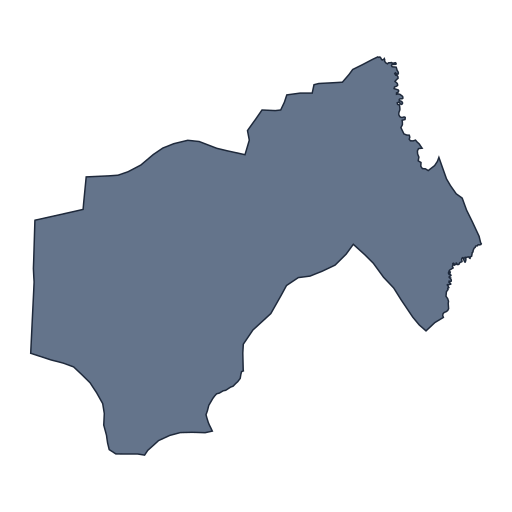 the district of Puncak, Papua, Indonesia, rotated 90°
{"feature_id": "22746128B1222572676249", "entity_name": "Puncak", "entity_type": "district", "adm_level": 2, "iso_a3": "IDN", "parent_name": "Indonesia", "parent_adm1": "Papua", "projection": "albers", "projection_center": [137.288, -3.568], "detail": "fine", "context": "isolated", "style": "filled", "palette": "slate", "viewbox_px": 512, "rotation_deg": 90, "n_neighbors": 0, "source": "geoboundaries", "source_scale": "gbopen_adm2", "svg_char_len": 5056}
<svg xmlns="http://www.w3.org/2000/svg" viewBox="0 0 512 512"><g transform="rotate(90 256 256)"><path d="M171.3,383.1L171.8,384.1L175.2,394.0L175.9,403.7L175.9,404.0L176.9,425.8L203.5,428.4L209.4,428.9L211.6,438.5L220.2,477.0L220.8,477.1L260.2,478.3L268.5,478.6L276.9,478.2L282.0,477.9L290.9,478.3L321.8,479.8L353.3,481.3L359.8,461.4L360.3,459.6L361.7,454.0L363.1,448.8L366.9,438.4L374.6,430.2L382.8,421.9L387.6,418.8L392.7,415.4L403.6,409.3L413.5,407.7L424.1,408.2L424.9,408.3L435.3,405.5L438.3,405.1L443.0,404.4L449.6,402.8L453.9,396.2L454.0,388.5L454.0,374.3L455.1,367.4L450.4,364.3L447.0,360.5L443.4,356.5L441.5,354.4L440.6,353.5L435.4,342.2L433.8,336.2L432.6,331.8L432.5,328.5L432.4,323.8L432.3,320.2L432.4,315.9L432.7,306.9L431.1,299.7L428.5,300.9L424.9,302.7L422.5,303.7L418.0,305.1L414.7,306.0L410.8,304.6L405.3,303.2L401.4,300.9L398.6,299.3L395.9,297.3L393.8,295.4L393.1,292.7L390.8,288.8L390.3,286.3L387.1,281.4L386.2,278.9L383.5,276.3L381.7,274.3L378.4,271.8L374.2,271.1L371.6,270.4L370.9,268.6L369.8,268.8L353.0,269.2L344.2,268.7L331.2,259.9L330.1,259.2L313.6,241.2L295.6,231.0L285.5,225.5L277.6,213.7L276.1,202.0L273.2,194.8L271.4,190.2L265.1,176.9L254.2,165.9L244.3,158.7L254.9,147.0L263.2,138.7L275.4,129.8L277.2,128.5L288.0,118.3L300.1,110.7L304.7,107.6L317.2,99.2L324.9,92.8L330.9,86.0L322.6,77.2L317.4,68.6L315.6,69.3L313.8,69.0L312.7,68.1L312.2,67.2L311.6,65.7L310.5,64.3L308.7,63.4L307.3,63.5L303.2,63.8L301.7,63.5L300.9,63.6L299.7,64.0L298.7,64.3L297.4,65.2L296.3,66.0L294.9,65.9L294.1,65.8L291.7,65.6L290.8,64.9L290.0,64.3L289.6,64.0L289.1,64.0L288.7,64.3L288.2,64.2L287.8,63.9L287.7,63.2L287.4,63.1L287.0,63.5L286.1,63.9L285.3,64.6L284.8,64.7L284.5,64.2L284.8,63.3L284.6,62.8L284.4,62.2L284.2,61.3L283.8,61.3L283.3,61.8L282.8,62.4L282.4,63.0L281.7,63.0L281.1,62.8L281.6,61.9L281.2,60.8L280.9,60.7L279.8,60.8L279.3,61.0L278.7,61.5L277.9,61.4L277.9,62.3L277.6,62.7L277.0,62.9L276.1,62.2L276.0,61.5L275.2,61.0L274.2,62.1L274.3,63.0L273.0,63.6L272.2,63.3L272.7,62.6L272.8,61.9L272.0,61.7L271.8,62.1L271.5,62.8L270.7,62.8L269.9,62.1L269.1,60.7L268.7,60.3L268.2,59.1L267.9,58.9L266.5,59.6L266.0,59.5L264.9,59.1L263.6,59.2L263.2,58.7L263.3,58.3L263.7,57.9L264.7,58.3L265.2,57.8L265.1,57.5L264.3,56.2L263.9,55.9L263.2,55.9L263.1,55.5L263.5,55.2L264.5,54.9L264.6,54.2L264.5,53.6L264.1,52.9L262.9,52.4L262.5,52.0L262.0,50.8L261.7,50.1L261.3,49.9L259.6,50.4L259.0,50.3L258.1,49.9L257.6,49.3L257.6,49.0L258.1,48.7L259.6,48.3L261.3,47.6L262.1,47.1L262.1,46.8L261.7,46.6L260.3,46.2L259.1,46.1L258.5,46.3L258.1,47.0L257.7,47.2L257.4,47.1L257.3,46.6L257.5,45.6L257.1,44.7L256.9,43.7L256.9,43.2L258.0,42.6L258.4,42.0L258.1,41.8L257.6,41.9L256.8,41.7L256.4,40.6L255.9,40.2L255.5,40.3L254.6,40.2L254.0,39.9L252.8,39.9L251.9,39.0L250.6,38.9L249.1,38.3L248.1,37.8L247.4,36.8L246.2,36.4L245.9,35.7L245.8,34.5L245.0,34.2L244.7,33.4L244.9,32.5L244.5,31.1L243.7,30.7L243.0,31.2L242.6,31.4L236.3,32.9L221.5,39.8L210.2,45.4L205.0,47.3L198.1,49.8L193.8,55.8L185.7,61.5L178.9,65.5L166.5,69.9L157.4,73.1L161.4,74.6L165.2,77.1L165.7,77.5L170.6,83.8L168.8,86.6L168.6,89.6L166.3,91.2L162.5,91.0L160.8,93.8L157.1,93.1L154.0,94.4L150.9,94.6L148.6,93.5L148.2,89.9L145.6,91.7L144.0,92.7L141.9,95.0L140.1,96.5L140.9,98.9L140.8,101.6L139.2,102.8L137.2,102.2L135.2,102.7L135.1,104.5L135.1,105.1L133.9,108.1L130.3,109.8L127.6,111.1L126.1,110.3L124.7,109.6L122.5,109.6L120.3,109.9L119.5,107.0L118.7,106.9L118.3,106.8L117.4,106.8L117.0,107.5L117.0,108.3L117.4,109.3L117.4,111.0L116.6,112.2L116.5,112.3L114.7,113.2L113.0,113.2L111.6,112.8L110.4,112.3L109.3,112.1L107.8,112.2L105.7,112.4L104.8,112.9L104.7,113.6L104.4,114.4L102.8,114.8L102.2,113.6L102.6,112.5L104.0,111.6L104.4,110.6L103.9,109.7L103.0,109.4L101.8,110.1L101.7,110.1L101.0,111.3L100.9,112.2L100.8,112.7L99.5,112.8L98.9,112.1L98.8,111.1L98.7,109.7L98.2,109.1L96.9,109.2L96.2,109.6L95.2,110.9L94.4,112.0L93.9,113.8L94.3,115.5L92.9,115.5L92.3,114.1L91.8,113.6L90.9,113.3L90.0,113.7L89.6,114.8L89.1,116.3L88.6,117.9L87.0,117.5L86.4,115.9L85.7,114.7L85.1,114.3L83.5,114.7L82.6,115.6L81.5,117.0L80.8,116.6L79.4,115.2L78.2,113.9L77.5,114.0L76.6,114.1L75.8,114.7L75.5,115.0L75.1,116.4L73.4,117.3L72.8,116.5L74.0,115.6L74.1,114.0L73.1,113.6L71.7,114.0L70.3,114.9L68.5,115.4L67.2,115.8L67.0,117.4L66.9,118.9L66.7,119.9L66.6,120.0L65.5,120.5L64.3,120.0L64.5,119.0L64.4,117.4L64.3,116.1L63.4,115.9L62.8,116.4L62.7,116.5L62.9,117.6L63.2,118.7L63.1,119.5L62.5,120.5L62.7,121.5L62.8,123.5L63.8,124.5L63.1,125.9L61.3,127.4L59.7,127.3L58.6,127.7L59.4,128.3L60.0,129.8L58.9,130.8L58.0,131.2L57.4,131.6L57.0,132.2L57.4,133.2L56.9,134.2L59.3,139.3L64.7,149.6L69.5,159.3L74.4,162.9L82.2,169.6L82.8,179.9L83.5,193.2L84.7,198.0L93.1,199.8L93.1,211.3L93.1,211.9L94.9,225.2L102.2,227.6L110.0,231.3L110.6,236.7L110.0,250.0L119.7,256.7L122.0,258.4L129.0,263.4L130.6,264.5L140.2,262.7L154.7,267.0L151.1,283.4L150.8,284.8L148.3,295.2L144.8,304.3L142.8,309.5L141.5,312.9L141.1,316.9L140.7,320.3L140.3,324.3L143.7,338.3L146.3,344.7L148.0,349.1L154.5,358.7L165.0,371.1L171.3,383.1Z" fill="#64748b" stroke="#1e293b" stroke-width="1.5"/></g></svg>